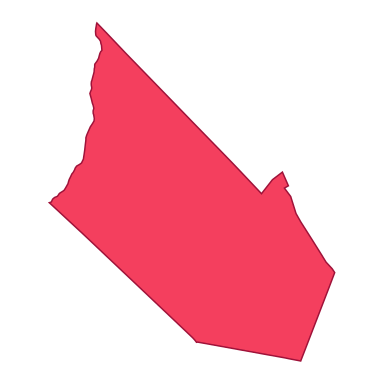 General San Martín, Buenos Aires, Argentina
{"feature_id": "61730980B46018574851610", "entity_name": "General San Martín", "entity_type": "district", "adm_level": 2, "iso_a3": "ARG", "parent_name": "Argentina", "parent_adm1": "Buenos Aires", "projection": "robinson", "projection_center": [-58.585, -34.544], "detail": "fine", "context": "isolated", "style": "filled", "palette": "rose", "viewbox_px": 384, "rotation_deg": 0, "n_neighbors": 0, "source": "geoboundaries", "source_scale": "gbopen_adm2", "svg_char_len": 1553}
<svg xmlns="http://www.w3.org/2000/svg" viewBox="0 0 384 384"><path d="M219.4,149.6L192.4,121.9L180.1,109.2L126.0,53.5L107.6,34.1L96.9,23.0L96.5,24.1L96.3,25.7L95.8,28.5L95.6,30.4L95.5,31.4L95.7,34.2L95.9,35.3L96.4,36.2L96.9,36.7L99.3,39.3L100.5,41.2L100.9,43.5L101.5,45.4L101.9,50.4L100.7,51.7L99.9,53.4L99.6,54.4L98.6,58.2L98.1,59.2L97.0,61.2L94.9,64.0L94.7,64.9L94.7,67.1L94.3,68.7L94.1,71.9L93.4,74.7L93.1,75.7L91.9,80.4L91.4,81.7L91.2,83.9L91.3,85.3L91.7,87.4L91.7,88.5L91.2,90.3L90.7,91.1L89.9,93.5L90.6,96.2L91.2,98.3L92.4,103.3L93.2,105.5L93.4,106.5L93.6,107.2L93.8,108.5L93.1,110.9L93.2,113.4L93.7,114.9L94.3,118.5L94.2,119.5L94.0,121.0L92.6,123.4L91.5,125.1L90.4,126.7L88.4,131.2L87.5,133.3L86.7,135.2L85.9,137.8L85.9,139.7L85.7,141.5L85.3,144.7L84.8,149.4L84.2,153.8L83.7,157.0L83.4,159.1L81.5,163.0L79.6,164.4L76.6,166.1L75.2,168.1L74.6,169.8L73.1,172.5L71.9,173.9L70.4,177.1L69.2,179.5L68.5,181.7L68.0,183.7L65.5,188.1L64.1,190.3L63.0,191.1L61.1,192.3L60.2,192.8L59.1,193.8L58.3,195.1L57.4,196.3L55.8,197.0L55.1,197.2L53.9,198.0L52.6,199.2L51.7,201.2L51.3,202.0L49.3,202.7L83.8,234.7L122.5,271.3L192.1,337.2L193.1,338.2L194.9,340.2L196.5,342.3L197.6,342.1L267.8,354.8L285.1,357.9L288.8,358.7L300.3,360.9L300.7,361.0L304.7,350.7L320.1,310.7L323.3,302.4L328.2,289.7L334.7,272.6L332.3,268.9L326.1,262.2L322.7,256.7L322.5,256.3L310.5,237.2L300.7,221.8L296.0,213.5L290.7,196.5L284.4,188.1L288.4,185.8L282.4,172.1L272.7,179.5L272.2,180.0L261.5,193.7L239.0,169.9L232.5,163.1L219.4,149.6Z" fill="#f43f5e" stroke="#9f1239" stroke-width="1.5"/></svg>